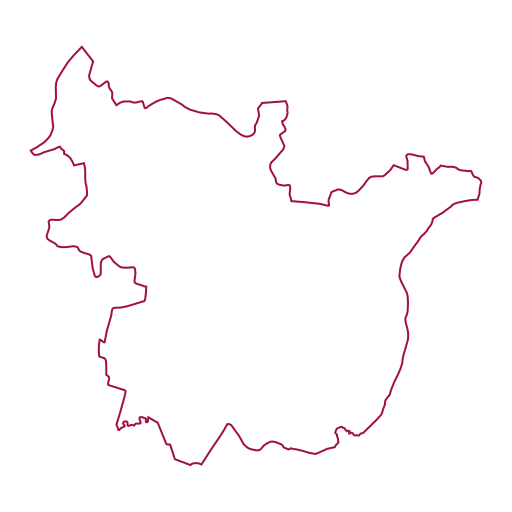 the district of Hong Linh, Ha Tinh, Vietnam
{"feature_id": "81297802B12079916150099", "entity_name": "Hong Linh", "entity_type": "district", "adm_level": 2, "iso_a3": "VNM", "parent_name": "Vietnam", "parent_adm1": "Ha Tinh", "projection": "orthographic", "projection_center": [105.71, 18.534], "detail": "fine", "context": "isolated", "style": "outline", "palette": "rose", "viewbox_px": 512, "rotation_deg": 0, "n_neighbors": 0, "source": "geoboundaries", "source_scale": "gbopen_adm2", "svg_char_len": 5986}
<svg xmlns="http://www.w3.org/2000/svg" viewBox="0 0 512 512"><path d="M479.7,189.1L480.6,184.5L481.3,182.8L481.1,181.2L479.3,178.9L478.4,178.3L477.4,177.7L474.2,176.7L473.0,175.0L471.2,171.2L470.8,170.9L469.9,171.1L467.2,171.0L460.4,170.2L457.7,169.2L457.1,168.3L455.8,167.6L453.1,166.9L451.2,166.7L448.1,166.9L440.7,165.6L439.3,167.3L437.1,168.8L433.1,173.0L431.9,173.7L431.3,173.7L430.2,171.4L428.6,166.8L425.0,161.4L423.8,156.7L418.9,156.2L411.2,154.3L409.4,154.2L407.8,154.3L406.7,155.2L406.2,156.4L407.5,160.6L407.7,167.7L407.6,169.4L406.6,169.9L405.2,169.7L393.7,165.2L390.1,170.3L384.7,175.2L382.9,176.3L374.8,176.3L371.8,176.6L369.3,177.8L366.0,181.7L363.9,184.9L360.1,189.1L358.0,191.2L355.7,192.9L354.0,193.5L351.9,193.9L348.4,193.5L345.5,192.3L341.5,190.0L338.8,189.4L337.1,189.6L336.1,190.3L333.3,191.2L331.5,192.2L328.7,199.5L328.5,202.0L329.1,204.1L329.0,205.5L328.2,205.8L320.2,203.9L304.8,202.2L291.3,201.1L291.0,198.8L289.8,195.2L289.6,193.9L290.2,189.7L290.1,186.4L289.7,185.4L288.6,184.9L287.6,184.9L285.7,185.5L283.7,185.6L278.9,184.6L277.1,183.7L276.3,182.6L275.4,178.2L271.4,171.3L270.1,168.1L270.3,164.4L271.4,162.3L275.7,158.1L283.1,149.5L284.3,146.6L284.2,145.6L280.5,137.5L279.9,135.2L280.1,134.6L285.1,131.1L285.6,129.4L284.4,126.6L282.7,124.1L282.1,121.2L283.3,120.9L284.3,120.2L285.8,118.3L286.4,117.4L287.6,113.0L287.2,110.1L287.5,107.8L287.4,105.9L287.0,104.4L285.6,101.2L261.9,103.0L261.4,104.2L258.4,107.9L258.0,109.0L259.1,114.9L258.9,116.6L256.5,123.2L255.1,125.2L254.9,127.3L255.1,130.2L254.6,132.4L253.4,134.0L251.9,135.2L249.6,136.2L246.7,136.7L243.8,136.1L241.1,134.8L236.4,131.4L226.5,121.8L218.8,115.1L216.3,114.2L212.6,113.6L208.3,113.6L199.3,112.4L190.2,109.7L185.3,107.2L181.5,104.3L171.0,98.4L168.2,97.9L167.2,97.9L160.0,100.0L156.7,101.3L153.0,103.4L149.5,105.5L146.8,107.6L145.3,108.3L144.6,107.7L142.7,101.6L142.4,101.3L139.7,101.5L137.3,102.3L135.0,102.6L132.7,102.4L130.1,101.4L123.6,101.5L120.3,102.6L116.4,105.2L112.0,98.2L112.3,95.1L112.2,92.6L111.8,91.6L110.9,90.1L109.8,88.8L109.2,87.5L108.8,86.3L108.9,85.0L108.5,82.9L107.7,81.6L106.6,81.4L106.1,81.6L101.5,85.2L99.6,86.4L98.6,86.5L96.8,85.7L91.0,80.9L90.0,79.7L89.4,78.2L89.1,75.5L93.1,61.4L81.8,46.9L73.9,55.1L67.9,62.2L61.1,72.8L57.5,78.8L56.2,82.6L55.8,86.5L56.0,98.5L54.7,102.8L52.9,107.0L51.7,110.8L51.9,115.1L52.9,124.3L53.3,126.2L52.5,130.0L50.6,135.0L48.3,138.2L44.3,142.2L37.0,147.1L30.7,150.6L32.3,152.9L34.1,154.8L37.2,154.8L39.7,154.2L44.7,152.0L54.6,149.1L57.8,147.3L60.0,146.7L60.8,148.3L64.2,151.1L64.0,153.7L67.2,155.3L70.1,157.8L72.7,162.1L74.0,165.4L83.9,163.2L84.9,167.7L85.2,170.0L85.2,177.9L85.5,182.4L86.4,186.0L87.1,192.6L86.9,195.6L81.0,203.0L78.1,205.6L75.9,207.0L69.1,212.5L64.4,217.3L61.9,219.1L60.9,219.6L59.6,219.8L57.9,220.0L51.4,219.7L49.4,220.4L48.6,221.8L49.3,225.9L49.3,227.1L48.9,229.0L46.9,234.9L46.7,236.9L47.4,238.7L49.2,240.2L55.1,243.5L56.2,244.5L57.2,245.9L58.3,246.5L61.9,247.2L66.3,247.1L73.4,246.2L76.2,246.7L77.2,247.0L77.8,247.7L79.4,250.5L80.2,251.3L83.4,252.7L88.8,254.3L90.5,255.2L91.1,255.8L92.6,267.7L94.2,273.7L94.9,275.8L95.6,276.9L97.4,277.0L99.7,275.5L100.7,274.2L100.8,263.0L101.8,260.3L102.7,259.1L108.9,256.1L110.0,256.7L114.0,262.0L118.6,265.8L120.6,267.1L123.7,267.7L127.9,267.7L132.7,267.2L134.2,267.6L135.0,269.0L135.5,273.3L134.5,280.8L134.6,282.2L135.7,283.3L137.2,284.0L141.0,285.0L144.4,286.4L146.2,286.6L146.1,290.7L145.3,298.4L144.8,300.3L144.2,301.1L127.0,306.3L120.5,307.6L114.2,307.8L112.8,308.5L112.2,309.5L111.7,311.8L111.4,314.5L110.7,317.4L106.9,330.6L104.6,342.3L103.4,342.1L100.8,340.0L99.7,339.7L98.9,345.2L98.8,352.2L99.3,356.5L104.5,358.3L105.4,359.3L105.9,360.8L106.2,363.0L106.3,374.8L108.5,376.5L109.0,377.1L109.1,378.0L108.9,379.8L108.0,383.3L108.3,385.0L124.7,390.2L125.3,390.6L125.5,391.2L125.5,392.4L124.3,397.6L119.9,413.4L116.6,424.0L116.5,425.1L117.7,427.4L118.1,429.4L118.5,430.0L119.1,430.0L121.0,428.1L124.6,426.3L124.7,425.6L123.3,424.0L123.0,423.2L123.4,422.3L124.1,421.6L126.2,421.4L127.2,422.0L127.5,422.5L127.6,425.2L128.2,425.9L129.2,425.8L131.4,424.8L134.2,425.5L135.2,424.1L135.9,423.6L139.9,423.6L140.5,423.2L140.6,422.4L139.5,419.2L139.6,417.7L140.0,417.2L141.9,417.1L145.5,418.4L146.0,419.1L145.8,421.5L146.1,422.1L146.6,422.3L147.3,422.2L148.0,421.2L148.3,417.3L157.7,422.7L166.3,443.9L166.9,444.4L170.1,444.5L174.9,459.2L190.5,465.1L191.7,463.9L192.7,463.5L195.5,463.1L198.5,463.3L201.4,464.5L211.4,449.0L220.9,435.0L223.6,430.7L227.3,424.1L229.7,424.2L231.2,425.1L238.8,435.5L243.8,444.4L247.4,447.6L250.1,449.0L256.4,450.4L259.3,450.2L260.7,449.2L263.7,445.7L266.3,443.8L270.2,441.8L272.3,441.5L275.5,442.1L281.2,444.3L282.7,445.6L283.7,447.4L288.3,449.4L289.1,449.3L290.4,448.4L291.2,448.3L293.1,449.0L296.1,449.3L302.4,450.8L309.1,452.8L315.0,453.9L315.8,453.8L317.5,453.2L327.3,448.8L334.7,447.2L335.5,445.7L336.6,444.3L338.3,442.7L338.5,442.2L338.1,440.4L337.9,438.1L337.0,436.3L337.0,434.6L335.6,433.3L335.2,432.6L336.2,429.8L336.8,428.8L337.4,428.3L341.3,426.8L341.9,426.8L342.8,427.7L344.6,428.2L345.3,429.7L346.0,430.1L346.7,431.2L348.2,430.7L349.5,431.1L349.5,431.8L349.0,432.9L349.2,433.5L350.0,433.5L350.8,432.8L351.9,432.7L352.7,433.3L353.8,435.0L355.0,435.5L356.8,435.2L358.8,435.6L360.6,433.6L363.1,433.0L366.2,430.0L376.3,420.1L381.1,414.9L382.2,412.6L383.0,409.4L384.8,404.9L385.1,401.6L385.6,400.1L387.5,397.4L389.6,395.0L391.2,389.6L394.5,381.5L398.1,374.2L400.5,368.6L402.3,363.2L402.4,360.4L403.2,356.2L407.8,340.1L408.2,336.5L408.1,333.3L407.7,330.2L405.7,322.2L405.4,319.6L405.4,318.3L406.6,315.3L407.6,311.7L408.0,303.0L407.7,296.6L406.9,292.9L401.3,281.8L399.7,277.8L399.4,275.5L400.4,267.8L402.0,261.7L404.5,257.4L409.9,252.6L414.8,245.5L417.5,242.1L420.8,236.8L424.4,233.6L426.9,230.8L428.7,227.7L430.3,225.8L431.3,224.3L432.5,221.2L432.8,218.8L434.7,217.4L442.8,212.6L451.3,206.3L452.0,205.1L454.5,203.8L457.1,202.8L463.9,201.3L471.2,200.0L477.7,199.7L478.0,198.3L479.4,193.9L479.7,189.1Z" fill="none" stroke="#9f1239" stroke-width="2"/></svg>